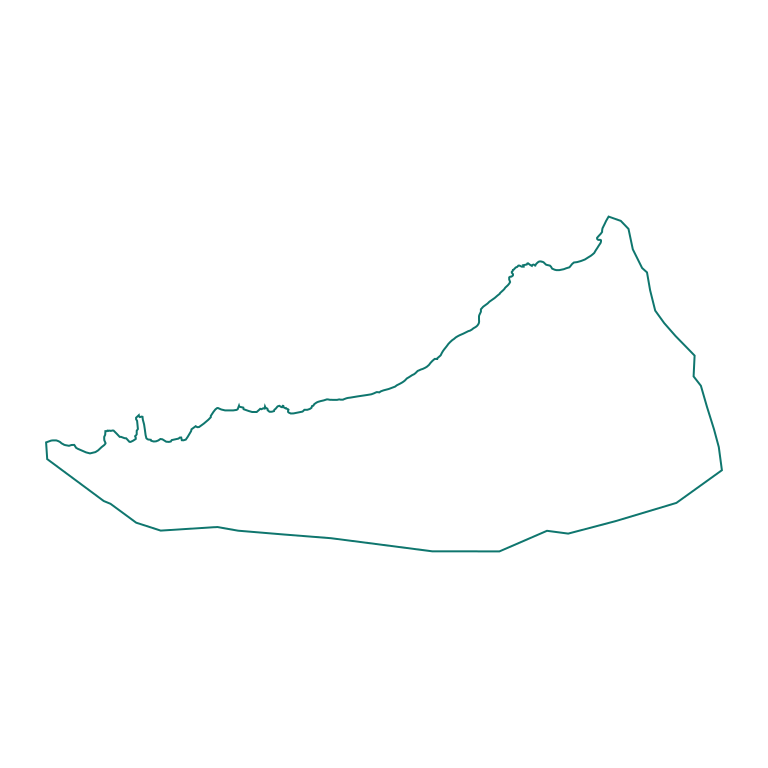 Mutsamudu, Andjouân, Comoros
{"feature_id": "10938185B74704582538531", "entity_name": "Mutsamudu", "entity_type": "district", "adm_level": 2, "iso_a3": "COM", "parent_name": "Comoros", "parent_adm1": "Andjouân", "projection": "orthographic", "projection_center": [44.366, -12.183], "detail": "fine", "context": "isolated", "style": "outline", "palette": "teal", "viewbox_px": 768, "rotation_deg": 0, "n_neighbors": 0, "source": "geoboundaries", "source_scale": "gbopen_adm2", "svg_char_len": 4533}
<svg xmlns="http://www.w3.org/2000/svg" viewBox="0 0 768 768"><path d="M676.4,502.9L721.9,470.2L718.8,447.1L714.0,429.3L706.9,406.6L700.9,385.8L693.6,376.4L694.6,355.6L688.5,349.3L675.5,336.0L664.2,323.1L655.2,310.6L650.1,290.2L647.0,272.4L642.1,268.0L632.8,249.3L628.5,228.9L620.8,220.9L608.6,216.6L606.1,220.9L604.7,223.9L602.5,228.3L602.1,230.5L602.1,231.9L600.9,233.6L598.3,236.4L597.1,237.8L597.1,238.8L597.3,239.1L597.8,239.6L598.4,239.9L599.2,239.9L600.0,239.8L600.6,240.1L601.0,240.3L601.0,241.5L600.6,242.9L598.6,245.9L597.3,248.0L595.7,250.4L594.2,253.0L592.6,254.4L590.8,255.8L588.2,257.4L584.9,259.5L581.0,261.0L577.1,262.1L573.9,262.5L572.1,264.0L570.2,266.4L569.4,267.3L566.1,268.3L563.8,269.2L559.4,270.1L556.3,270.1L554.6,269.7L552.1,268.6L551.0,266.7L549.9,265.6L547.2,265.0L546.1,264.7L544.7,263.4L543.6,262.3L542.5,261.8L541.6,261.7L541.0,261.4L539.2,261.5L538.0,262.2L536.5,263.6L535.5,264.9L535.3,265.6L535.1,265.6L534.6,265.0L533.6,264.6L532.4,264.9L531.9,265.9L530.3,265.0L528.0,263.3L527.3,263.5L526.8,264.5L523.2,265.2L523.7,266.1L523.7,266.7L521.8,266.7L519.5,265.6L518.4,265.6L517.2,266.9L516.6,267.1L515.7,267.5L513.6,269.7L512.9,269.9L512.7,270.9L511.8,271.9L511.8,272.7L513.0,274.2L512.9,275.5L511.5,276.6L510.2,276.7L509.2,277.4L509.2,279.5L509.8,281.1L510.1,282.0L509.3,283.5L507.9,285.2L505.2,287.7L504.5,288.8L503.5,289.9L500.1,293.0L499.8,293.7L497.2,295.8L494.8,297.9L489.4,301.7L487.6,303.5L483.2,306.7L480.9,309.3L480.9,311.7L479.3,315.1L479.0,316.2L479.0,319.2L479.1,321.8L478.8,323.2L478.2,324.4L477.4,325.5L476.7,326.2L475.5,327.1L473.4,328.3L471.8,329.6L469.9,330.7L468.4,331.1L463.4,333.6L459.5,335.3L457.6,336.3L455.8,337.4L453.8,339.1L452.4,340.0L450.1,342.1L448.3,344.0L447.6,345.0L446.4,346.6L444.0,349.6L442.8,351.3L441.6,353.4L440.7,355.3L439.6,356.3L437.4,358.2L437.2,359.0L434.7,358.9L432.4,360.9L430.5,362.9L429.0,364.9L426.8,366.8L425.1,367.8L422.8,368.9L420.9,369.5L418.5,370.6L417.7,370.9L415.5,373.1L414.1,374.2L412.2,375.1L408.8,377.3L406.9,378.4L404.9,380.5L403.5,381.6L401.8,382.7L399.6,383.9L396.8,385.3L395.1,386.6L388.7,389.0L383.4,390.4L380.7,391.4L379.3,392.4L378.1,392.2L376.7,392.1L375.5,392.6L373.8,393.4L371.3,394.3L367.0,395.0L357.6,396.4L350.4,397.6L348.0,397.9L346.4,398.3L344.2,399.1L342.9,399.7L340.8,399.7L339.2,399.4L336.9,399.9L329.9,399.8L327.9,399.4L326.8,399.4L323.7,400.4L320.6,401.1L318.2,401.8L316.6,402.5L314.3,404.1L313.3,405.7L312.1,406.0L311.4,407.9L309.7,409.0L307.3,409.8L304.4,409.8L302.9,411.3L302.5,411.6L293.6,413.4L290.8,413.5L288.6,412.5L288.2,412.1L288.0,411.0L288.2,410.2L288.5,409.8L288.1,409.3L287.0,408.9L286.0,408.1L285.6,408.4L283.5,407.2L283.3,405.9L282.8,405.8L282.0,407.2L281.4,407.1L279.3,405.8L277.6,406.4L275.6,408.8L274.4,409.7L274.0,411.1L271.9,411.7L269.8,411.8L268.8,411.3L268.1,410.4L267.7,410.3L267.4,408.7L266.4,408.1L265.6,407.9L265.0,406.5L264.6,408.6L264.0,408.5L263.2,408.3L261.5,409.2L260.2,408.8L259.3,409.7L256.7,412.0L252.1,412.0L248.7,411.0L243.6,409.2L243.3,407.6L239.3,406.7L239.0,405.7L237.7,409.2L236.6,409.9L233.2,410.4L225.1,410.4L221.3,409.5L217.9,408.0L217.1,408.1L215.4,409.4L213.5,411.8L210.8,415.9L210.8,417.2L208.4,419.7L203.8,423.6L199.1,427.0L197.6,427.2L196.5,426.8L195.7,426.2L191.5,429.3L191.1,431.1L189.1,434.5L187.6,437.0L185.8,439.6L183.5,440.3L181.8,440.2L181.2,437.5L179.9,437.5L178.5,438.6L171.7,440.1L170.8,441.5L168.9,441.9L166.2,441.7L162.4,439.3L160.4,439.0L158.4,440.4L156.1,441.3L153.8,441.5L151.9,441.0L151.1,440.7L150.8,439.8L148.1,439.5L147.1,438.9L146.4,438.3L145.6,435.1L144.9,429.9L144.1,424.5L142.8,419.5L142.5,416.8L141.6,416.6L139.8,417.1L139.0,416.4L138.8,415.2L136.1,417.7L136.1,419.2L137.1,420.9L137.9,429.0L136.7,430.8L136.7,434.3L136.0,435.4L135.1,436.2L135.8,437.9L135.7,439.0L133.1,440.7L130.6,441.9L129.4,441.8L126.2,438.3L124.6,438.2L121.1,436.9L119.7,436.9L116.7,433.7L113.6,430.6L112.4,430.5L111.7,430.7L110.6,430.9L109.9,430.6L109.3,430.7L108.4,430.9L108.1,430.6L107.4,430.6L107.0,431.1L105.4,431.1L105.2,434.7L104.2,436.9L104.2,438.4L104.3,440.2L105.5,443.0L105.5,443.5L104.3,445.0L101.6,447.1L98.1,450.4L95.4,452.1L90.0,453.4L86.1,452.4L77.8,448.8L76.1,447.8L74.4,445.1L74.2,444.9L71.5,445.0L69.0,445.8L65.2,445.1L64.2,444.8L63.0,444.1L61.5,443.3L60.2,442.1L58.5,441.2L56.9,440.6L56.2,440.4L52.8,440.4L51.1,440.6L46.1,442.4L47.2,459.1L103.7,501.0L110.5,503.8L136.2,522.7L160.7,530.6L217.1,527.0L238.2,530.7L283.9,534.5L330.9,538.2L432.1,551.3L499.4,551.4L547.0,530.8L568.2,533.6L615.3,521.2L676.4,502.9Z" fill="none" stroke="#0f766e" stroke-width="2"/></svg>